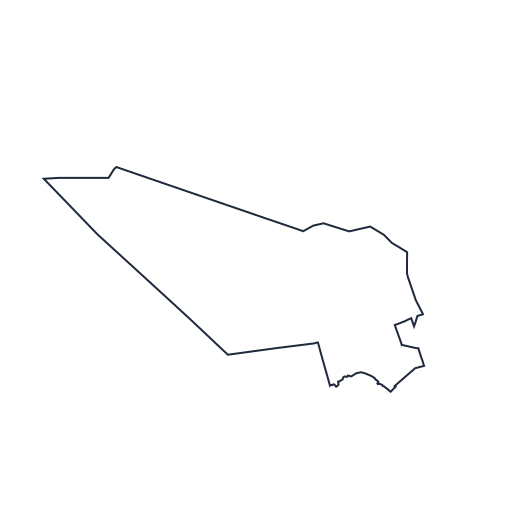 the district of Santo Domingo Tomaltepec, Oaxaca, Mexico, rotated 233°
{"feature_id": "50627088B74406659640809", "entity_name": "Santo Domingo Tomaltepec", "entity_type": "district", "adm_level": 2, "iso_a3": "MEX", "parent_name": "Mexico", "parent_adm1": "Oaxaca", "projection": "albers", "projection_center": [-96.619, 17.07], "detail": "fine", "context": "isolated", "style": "outline", "palette": "slate", "viewbox_px": 512, "rotation_deg": 233, "n_neighbors": 0, "source": "geoboundaries", "source_scale": "gbopen_adm2", "svg_char_len": 2025}
<svg xmlns="http://www.w3.org/2000/svg" viewBox="0 0 512 512"><g transform="rotate(233 256 256)"><path d="M168.1,379.0L175.2,376.2L176.6,375.7L184.6,372.4L188.4,371.9L195.9,370.9L200.9,368.9L210.8,364.9L219.6,345.2L241.5,329.6L245.8,320.0L247.4,308.6L254.2,304.1L279.3,287.0L316.6,261.8L335.4,249.1L365.9,228.5L411.1,198.0L410.7,194.5L407.1,185.3L436.9,145.8L445.4,133.0L368.8,142.4L279.3,159.1L244.5,165.5L194.1,174.1L169.4,218.2L151.0,250.2L150.9,251.1L149.6,253.4L134.0,247.2L125.0,243.7L115.9,240.2L108.1,237.1L108.2,237.4L108.0,238.1L106.9,239.3L107.0,240.5L106.4,241.1L105.5,241.3L103.9,241.2L103.3,241.5L103.2,242.2L103.4,243.3L103.6,244.4L103.9,244.8L105.7,245.5L106.3,246.0L106.0,246.7L105.7,247.2L105.5,247.9L105.6,248.3L105.3,250.7L106.0,252.0L106.6,252.7L106.5,253.0L106.6,253.6L106.5,254.3L105.7,254.9L105.0,255.7L104.8,256.4L105.0,256.8L104.6,256.8L104.7,257.7L104.4,258.3L102.6,259.4L102.4,260.7L102.2,263.3L102.1,265.4L99.9,270.0L96.6,272.5L95.1,273.4L94.7,273.8L93.8,274.1L90.8,275.9L87.2,277.3L86.0,277.0L83.7,277.8L81.7,277.9L81.1,276.2L80.4,276.2L79.7,277.6L77.1,279.3L76.5,279.0L75.8,279.0L75.1,279.7L69.3,281.2L68.0,281.4L67.7,281.5L67.1,281.7L66.6,281.8L67.6,288.8L68.7,288.5L70.6,315.6L67.1,324.1L67.5,324.2L68.8,324.7L71.8,325.8L77.1,327.4L78.0,327.8L80.3,328.6L80.6,328.7L81.1,328.8L81.8,329.1L82.1,329.2L83.7,329.8L84.6,330.2L84.8,329.8L85.3,329.2L87.0,327.7L89.0,325.9L91.2,324.1L92.9,322.7L94.1,321.6L94.8,321.0L96.7,319.5L97.1,318.8L98.0,319.2L101.7,320.4L103.2,320.9L107.2,322.1L111.4,323.4L111.5,323.4L113.0,323.9L116.1,324.9L117.4,325.4L117.1,326.2L116.4,328.4L116.4,328.5L116.1,329.4L115.8,330.5L115.5,331.4L115.3,332.4L115.0,333.4L114.7,334.4L114.4,335.5L113.5,340.1L112.9,342.6L112.1,342.3L111.9,342.2L104.7,339.9L107.6,344.2L110.1,347.6L111.0,348.9L110.0,351.4L109.0,354.2L109.3,354.4L122.7,356.7L124.4,357.0L132.7,359.7L136.7,361.0L138.0,361.4L138.6,361.6L140.6,362.3L147.4,364.5L151.0,366.0L159.6,372.4L161.5,373.9L168.1,379.0Z" fill="none" stroke="#1e293b" stroke-width="2"/></g></svg>